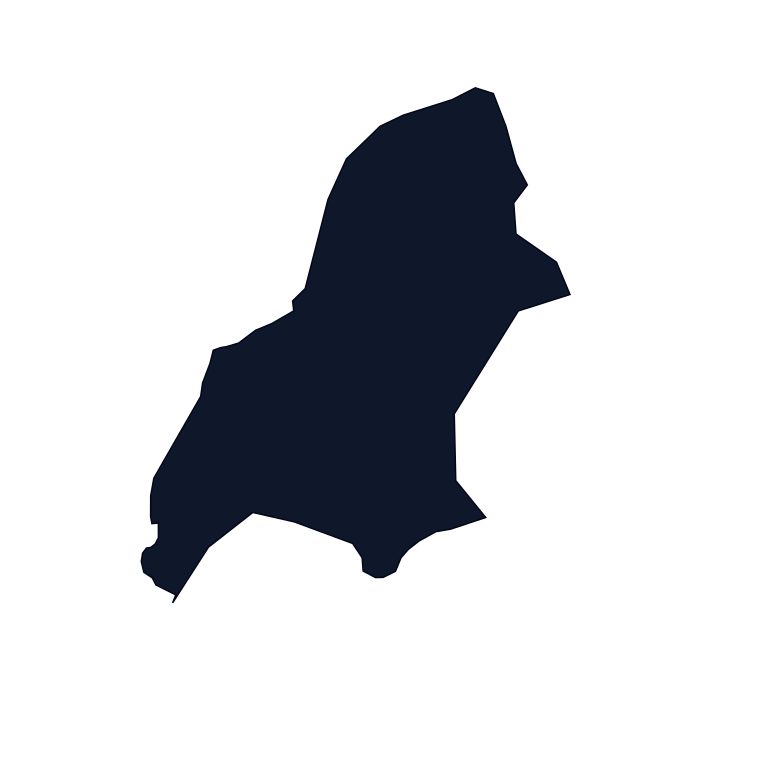 the Municipality of Karsavas, rotated 305°
{"feature_id": "LVA-5744", "entity_name": "Karsavas", "entity_type": "Municipality", "adm_level": 1, "iso_a3": "LVA", "parent_name": "Latvia", "parent_adm1": "", "projection": "equal_earth", "projection_center": [27.571, 56.745], "detail": "fine", "context": "isolated", "style": "filled", "palette": "ink", "viewbox_px": 768, "rotation_deg": 305, "n_neighbors": 0, "source": "natural_earth", "source_scale": "10m", "svg_char_len": 909}
<svg xmlns="http://www.w3.org/2000/svg" viewBox="0 0 768 768"><g transform="rotate(305 384 384)"><path d="M399.6,261.5L417.0,264.7L503.0,232.3L546.9,224.1L593.0,233.0L615.3,245.6L656.1,276.8L679.0,288.9L684.6,307.0L665.1,336.0L640.3,365.9L629.3,387.2L606.8,386.4L582.6,406.1L582.7,455.4L564.0,485.0L520.9,452.1L399.8,458.7L346.0,498.2L333.0,543.9L303.3,521.8L292.8,511.2L275.4,502.7L262.5,498.8L251.5,497.6L237.1,500.8L225.1,494.2L220.6,488.1L218.8,474.2L229.1,465.8L235.4,449.8L219.6,389.6L203.5,350.2L149.7,333.8L83.4,336.4L91.8,334.4L88.6,312.4L92.3,305.3L92.0,295.3L99.4,287.0L107.0,283.3L113.4,283.5L116.2,286.6L121.6,288.3L128.7,287.4L140.7,278.9L136.5,274.0L141.5,268.9L158.6,257.0L174.8,249.5L194.4,247.7L268.6,241.0L280.8,234.8L301.2,229.6L313.7,224.8L319.9,229.1L324.3,233.6L334.1,241.4L354.4,248.0L369.1,257.4L392.1,268.1L399.6,261.5Z" fill="#0f172a" stroke="#020617" stroke-width="1.5"/></g></svg>